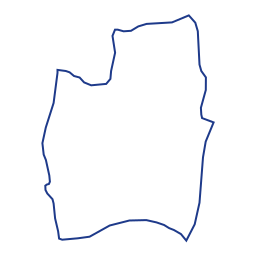 map outline of Couva-Tabaquite-Talparo (Equal Earth projection)
{"feature_id": "TTO-58", "entity_name": "Couva-Tabaquite-Talparo", "entity_type": "Region", "adm_level": 1, "iso_a3": "TTO", "parent_name": "Trinidad and Tobago", "parent_adm1": "", "projection": "equal_earth", "projection_center": [-61.362, 10.449], "detail": "fine", "context": "isolated", "style": "outline", "palette": "blue", "viewbox_px": 256, "rotation_deg": 0, "n_neighbors": 0, "source": "natural_earth", "source_scale": "10m", "svg_char_len": 851}
<svg xmlns="http://www.w3.org/2000/svg" viewBox="0 0 256 256"><path d="M59.1,238.6L58.1,231.2L55.1,218.4L53.6,203.5L52.5,199.2L47.3,193.5L45.5,190.0L45.3,185.7L46.9,184.5L48.9,184.0L49.9,181.7L49.3,175.5L45.9,160.0L43.7,154.6L42.4,143.2L45.8,127.5L53.6,103.0L57.5,72.9L57.5,69.9L65.8,71.0L69.6,72.3L74.0,76.0L79.6,77.5L84.1,82.4L91.2,85.3L106.2,83.9L110.4,78.9L111.1,71.0L115.1,52.7L112.5,35.9L115.0,29.7L117.9,29.7L123.6,31.3L131.0,30.8L138.3,26.4L146.6,23.9L172.0,22.4L188.8,15.4L195.3,22.7L197.8,31.2L199.5,64.6L201.3,71.0L205.9,77.4L205.8,90.0L200.9,107.8L201.3,114.6L202.1,118.1L213.6,122.4L205.7,141.6L203.0,157.3L199.5,202.7L194.7,224.3L186.3,240.6L181.0,234.1L173.9,230.0L169.1,228.1L164.1,225.0L156.5,222.4L146.3,220.1L129.4,220.5L109.7,225.5L89.6,236.7L77.8,238.3L62.2,239.7L59.1,238.6Z" fill="none" stroke="#1e3a8a" stroke-width="2"/></svg>